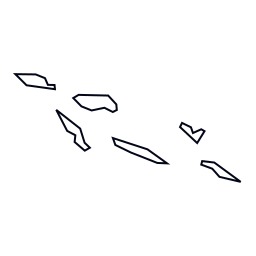 the border of Solomon Islands, rotated 170°
{"feature_id": "SLB", "entity_name": "Solomon Islands", "entity_type": "country or territory", "adm_level": 0, "iso_a3": "SLB", "parent_name": "Oceania", "parent_adm1": "", "projection": "albers", "projection_center": [159.585, -9.221], "detail": "coarse", "context": "isolated", "style": "outline", "palette": "ink", "viewbox_px": 256, "rotation_deg": 170, "n_neighbors": 0, "source": "natural_earth", "source_scale": "50m", "svg_char_len": 734}
<svg xmlns="http://www.w3.org/2000/svg" viewBox="0 0 256 256"><g transform="rotate(170 128 128)"><path d="M140.2,146.4L147.7,152.0L160.8,151.6L170.1,157.4L176.7,167.0L170.9,169.2L141.9,163.4L135.4,153.3L135.9,147.7L140.2,146.4ZM174.5,113.2L183.0,123.5L181.1,130.0L188.4,135.7L195.5,158.3L175.2,135.7L173.3,121.0L169.0,115.2L174.5,113.2ZM144.6,120.7L112.5,103.6L95.7,86.4L105.2,88.5L129.2,103.2L143.4,113.5L144.6,120.7ZM193.2,178.9L220.5,187.7L229.6,200.6L209.6,196.8L201.1,191.5L199.4,184.4L192.9,183.1L193.2,178.9ZM62.2,79.2L60.7,82.5L49.0,79.0L26.4,55.4L46.4,64.0L52.1,73.3L62.2,79.2ZM62.5,101.2L76.6,119.9L73.9,123.6L65.9,117.8L64.9,111.8L56.1,114.0L53.2,111.6L62.5,101.2Z" fill="none" stroke="#020617" stroke-width="2"/></g></svg>